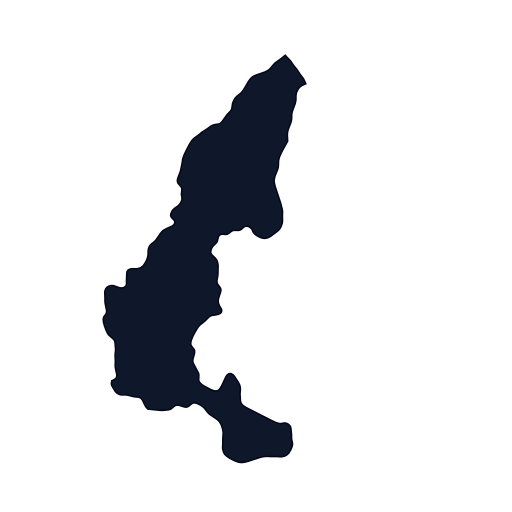 outline of Los Cacaos, San Cristóbal, Dominican Republic, rotated 27°
{"feature_id": "3306468B25553756069478", "entity_name": "Los Cacaos", "entity_type": "district", "adm_level": 2, "iso_a3": "DOM", "parent_name": "Dominican Republic", "parent_adm1": "San Cristóbal", "projection": "albers", "projection_center": [-70.319, 18.609], "detail": "fine", "context": "isolated", "style": "filled", "palette": "ink", "viewbox_px": 512, "rotation_deg": 27, "n_neighbors": 0, "source": "geoboundaries", "source_scale": "gbopen_adm2", "svg_char_len": 5409}
<svg xmlns="http://www.w3.org/2000/svg" viewBox="0 0 512 512"><g transform="rotate(27 256 256)"><path d="M190.9,63.8L188.7,68.8L185.3,75.4L184.7,77.5L183.7,81.9L183.0,84.0L182.5,85.0L180.4,88.0L174.4,94.2L172.8,96.0L171.5,98.0L170.6,100.3L170.0,103.9L169.6,111.3L169.2,115.0L168.7,117.3L166.2,122.9L165.7,125.1L165.5,127.3L165.8,130.6L167.3,135.1L167.7,136.8L167.4,138.6L166.0,143.2L164.7,151.8L164.1,153.6L163.5,154.5L162.9,155.2L159.1,158.0L157.8,159.4L156.6,161.1L154.7,164.9L151.5,170.4L149.8,174.4L147.4,179.0L146.7,181.1L146.4,182.3L146.1,184.7L145.9,188.4L145.9,193.4L146.0,198.3L146.3,200.7L146.7,203.1L147.9,206.6L149.8,213.4L150.3,215.9L150.9,221.8L151.4,224.0L151.9,224.9L152.5,225.8L153.2,226.4L154.0,226.8L158.0,228.5L158.7,229.0L159.3,229.7L160.1,231.3L161.4,234.7L161.8,235.4L163.8,238.1L164.5,239.9L164.7,241.9L164.5,244.1L164.3,245.1L163.6,247.1L161.7,250.6L161.0,252.6L160.8,253.6L160.8,255.7L161.1,257.6L161.5,258.5L162.1,259.3L162.8,259.8L163.5,260.2L166.5,261.2L167.2,261.5L167.8,262.1L168.3,262.9L168.6,263.8L168.6,264.7L168.5,265.6L167.6,267.5L163.5,272.6L162.2,274.5L161.6,275.5L161.2,276.7L160.6,279.1L159.8,285.3L159.4,287.7L158.7,289.8L157.4,292.5L156.8,294.4L156.6,296.5L156.9,298.6L157.6,300.5L159.3,304.1L159.7,305.3L160.2,307.7L160.4,310.2L160.3,312.7L160.0,315.2L159.7,316.4L158.7,318.4L158.1,319.3L156.6,320.7L155.0,321.8L151.4,323.5L149.9,324.6L148.8,326.0L148.4,326.8L148.2,327.7L148.2,328.7L148.8,330.3L151.6,336.5L153.3,339.7L153.5,340.6L153.6,341.5L153.4,342.5L153.0,343.3L152.5,344.1L151.0,345.3L150.1,345.8L148.3,346.3L142.7,347.0L140.8,347.8L140.0,348.3L138.5,349.7L137.4,351.5L137.0,353.3L137.1,355.0L137.6,356.9L140.1,361.3L142.1,365.2L143.3,367.0L147.2,371.9L148.2,373.5L148.6,375.2L148.6,376.0L148.0,379.0L148.0,379.9L148.5,381.6L150.0,384.1L152.2,386.5L154.5,388.8L157.1,391.0L158.8,392.3L160.7,393.3L162.6,393.8L166.2,394.7L167.8,395.3L168.5,395.8L169.5,396.9L172.9,402.4L173.8,404.2L175.4,408.3L178.5,413.8L180.4,417.9L181.5,419.6L185.4,424.4L186.4,426.1L186.6,427.0L186.7,427.9L186.6,428.8L185.8,430.5L184.1,432.6L185.0,435.3L185.5,436.1L186.2,436.8L187.7,437.9L191.9,440.5L193.8,441.2L194.9,441.4L197.1,441.4L198.2,441.2L199.1,440.9L202.7,439.1L204.7,438.3L211.2,436.8L215.6,435.1L217.4,434.9L218.4,435.1L220.3,436.0L224.6,439.3L226.3,440.4L227.3,440.9L229.3,441.5L241.0,436.9L242.9,436.0L247.9,432.8L249.3,431.5L249.8,430.8L251.5,426.7L252.6,425.3L253.3,424.7L255.1,424.0L260.9,423.0L262.6,422.3L263.3,421.7L264.3,420.3L266.0,416.4L266.6,415.7L267.5,415.1L268.4,414.6L270.6,414.1L274.2,414.1L276.6,414.4L279.0,415.0L283.7,417.2L285.8,418.0L288.3,418.4L294.4,419.1L296.9,419.6L299.1,420.5L301.1,421.8L302.9,423.4L304.5,425.1L306.7,427.9L307.7,430.0L309.4,434.0L311.3,437.7L313.0,441.5L314.1,443.4L316.3,445.7L318.1,446.9L320.4,447.6L324.0,448.1L329.0,448.2L331.4,448.0L333.9,447.7L336.2,446.9L337.3,446.4L339.4,445.0L342.2,442.5L351.2,433.5L353.1,431.9L355.1,430.5L357.1,429.4L361.1,427.6L365.7,425.2L368.6,424.0L369.6,423.5L371.3,422.3L372.8,420.8L373.9,419.0L374.7,416.6L375.0,413.0L374.7,409.4L374.1,407.3L373.6,406.3L370.8,402.9L369.0,399.4L365.4,393.7L364.1,392.3L363.2,391.8L361.3,391.2L360.4,391.1L358.5,391.3L356.8,392.0L354.3,394.0L353.5,394.4L351.4,395.0L347.9,395.4L342.9,395.5L318.3,395.5L314.7,395.4L312.4,395.1L310.3,394.3L309.3,393.7L308.0,392.2L304.5,386.3L302.4,381.4L301.2,379.6L299.8,378.1L297.1,376.2L291.1,372.8L289.3,372.2L287.3,372.1L286.4,372.4L285.5,373.0L284.8,373.9L284.4,374.8L284.1,375.8L284.0,377.9L284.3,386.1L284.2,389.5L283.8,391.7L283.4,392.7L282.7,393.6L281.8,394.3L279.8,395.1L276.4,395.5L269.2,395.4L266.8,395.2L264.6,394.7L262.7,393.9L261.9,393.3L261.2,392.4L259.1,387.8L257.9,386.4L249.2,380.3L247.8,379.0L246.8,377.1L245.5,370.8L244.7,368.9L244.2,368.1L243.4,367.4L239.1,365.3L238.3,364.6L237.7,363.7L237.2,362.7L236.6,360.5L236.2,355.6L236.3,351.7L236.5,347.7L236.8,345.2L237.5,342.7L240.1,337.0L241.7,332.0L242.5,330.3L243.8,328.9L246.9,326.8L249.2,324.8L250.3,323.2L250.6,322.3L250.6,321.3L250.4,320.5L249.5,319.1L245.7,316.7L244.1,315.1L243.3,314.1L242.7,313.1L241.9,310.8L240.8,304.0L240.1,302.0L239.5,301.2L238.8,300.6L234.2,298.2L233.0,296.9L232.2,295.2L231.1,291.3L230.2,289.1L226.6,281.7L225.3,279.8L223.6,278.0L222.6,277.3L220.6,276.3L216.0,274.9L214.4,273.8L213.9,273.0L213.2,271.2L213.0,268.1L213.4,266.1L214.5,263.1L214.9,261.1L214.8,260.2L213.9,256.4L213.9,254.6L214.7,253.0L215.3,252.4L216.7,251.6L219.0,250.7L220.4,249.8L221.4,248.4L222.9,245.2L223.9,243.8L225.4,242.8L228.6,241.3L229.9,240.3L230.9,238.9L231.7,236.5L232.5,235.0L233.2,234.3L233.9,233.8L235.7,233.2L236.6,233.2L238.5,233.4L240.1,234.0L242.6,236.0L243.5,236.5L245.5,237.2L247.8,237.5L250.3,237.6L252.7,237.4L255.1,236.7L256.2,236.1L258.2,234.5L259.0,233.5L260.3,231.5L263.5,225.0L264.4,223.0L264.9,220.8L265.0,218.5L264.6,215.1L263.9,213.1L261.5,208.5L259.6,204.5L258.3,202.6L254.4,198.1L241.6,185.4L239.3,182.7L238.0,180.8L237.6,179.7L236.7,176.4L236.1,169.6L235.7,167.4L235.0,165.4L232.8,160.7L232.0,157.4L231.8,153.9L231.7,150.3L232.1,139.3L229.0,133.9L227.8,130.9L227.3,128.7L226.6,121.9L226.2,119.6L225.5,117.6L223.7,113.8L223.0,111.8L222.6,109.6L221.8,102.8L221.3,100.6L220.6,98.5L218.8,94.9L218.1,92.8L217.9,91.7L217.8,88.3L218.2,86.1L218.6,85.1L219.6,83.2L222.2,79.9L219.7,77.9L218.0,76.6L216.1,75.6L213.1,74.2L207.6,71.1L203.6,69.4L198.1,66.4L192.8,64.6L190.9,63.8Z" fill="#0f172a" stroke="#020617" stroke-width="1.5"/></g></svg>